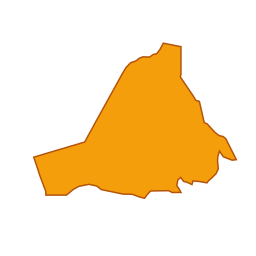 outline of Santana do Seridó, Rio Grande do Norte, Brazil, rotated 77°
{"feature_id": "56859067B92813660171839", "entity_name": "Santana do Seridó", "entity_type": "district", "adm_level": 2, "iso_a3": "BRA", "parent_name": "Brazil", "parent_adm1": "Rio Grande do Norte", "projection": "albers", "projection_center": [-36.752, -6.743], "detail": "fine", "context": "isolated", "style": "filled", "palette": "amber", "viewbox_px": 256, "rotation_deg": 77, "n_neighbors": 0, "source": "geoboundaries", "source_scale": "gbopen_adm2", "svg_char_len": 932}
<svg xmlns="http://www.w3.org/2000/svg" viewBox="0 0 256 256"><g transform="rotate(77 128 128)"><path d="M179.5,203.2L178.3,200.5L175.7,195.5L173.8,189.2L174.1,178.6L177.6,171.4L182.0,167.9L191.2,147.9L193.6,138.6L197.3,133.1L200.2,127.7L196.8,123.8L194.5,120.1L195.3,116.0L198.2,102.6L200.8,99.4L202.7,90.9L198.9,91.9L195.2,93.4L189.9,91.2L188.0,87.8L192.7,85.7L193.9,83.0L197.5,78.4L194.2,76.6L196.2,70.5L199.2,63.4L197.2,61.0L195.7,57.9L192.3,52.5L188.1,49.2L180.9,48.3L176.2,47.0L171.1,44.1L177.6,41.5L182.8,33.7L183.2,29.6L160.5,35.1L157.8,37.1L155.9,40.9L151.8,44.3L141.7,50.0L140.0,52.5L118.1,52.5L116.4,55.6L111.1,57.4L90.1,65.5L87.1,64.2L60.7,58.1L53.3,74.5L58.7,79.2L62.1,83.4L62.0,86.7L63.7,91.1L62.0,97.5L62.5,101.1L64.4,105.2L65.0,110.7L68.4,116.0L72.7,120.3L115.1,158.4L131.9,173.3L135.2,226.4L144.1,225.5L153.7,224.7L171.3,222.4L174.9,223.1L179.5,203.2Z" fill="#f59e0b" stroke="#b45309" stroke-width="1.5"/></g></svg>